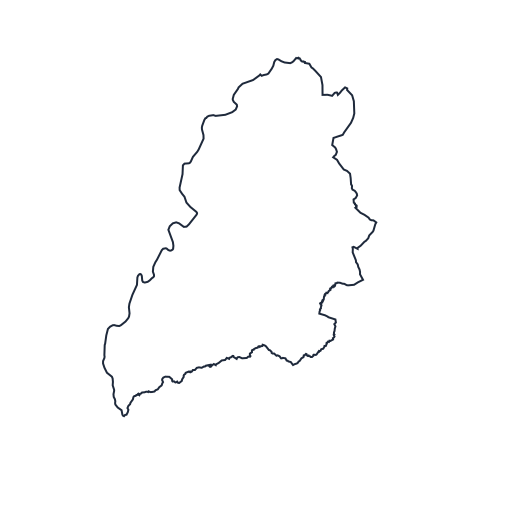 Binduri, Upper East, Ghana, rotated 23°
{"feature_id": "2480657B66646573774103", "entity_name": "Binduri", "entity_type": "district", "adm_level": 2, "iso_a3": "GHA", "parent_name": "Ghana", "parent_adm1": "Upper East", "projection": "natural_earth1", "projection_center": [-0.323, 10.946], "detail": "fine", "context": "isolated", "style": "outline", "palette": "slate", "viewbox_px": 512, "rotation_deg": 23, "n_neighbors": 0, "source": "geoboundaries", "source_scale": "gbopen_adm2", "svg_char_len": 6112}
<svg xmlns="http://www.w3.org/2000/svg" viewBox="0 0 512 512"><g transform="rotate(23 256 256)"><path d="M359.6,302.7L358.9,301.6L359.6,300.4L359.7,299.4L358.4,298.3L358.8,297.6L358.1,297.1L357.6,295.7L357.6,294.4L356.9,292.1L356.6,289.7L354.7,288.1L355.5,286.0L353.9,283.4L346.4,284.1L345.9,283.8L342.7,283.6L336.8,284.3L336.2,282.2L336.2,280.6L335.7,280.1L336.2,278.7L335.7,277.8L335.6,275.9L335.4,275.6L334.7,275.5L334.7,275.0L333.6,274.7L333.6,274.2L334.4,273.6L334.5,273.1L335.1,272.9L335.0,272.5L334.5,272.7L334.5,271.9L335.0,272.2L335.2,271.9L335.2,270.8L334.7,270.3L335.3,269.6L334.5,266.8L334.8,266.1L334.4,265.5L334.7,265.3L334.6,264.8L334.9,264.6L334.5,263.8L335.0,263.4L335.1,262.3L336.2,262.2L336.1,261.8L336.6,261.1L336.6,259.9L337.8,258.1L337.6,257.7L337.0,257.4L337.1,256.7L337.7,256.4L337.9,255.0L338.3,255.1L339.0,254.8L338.9,254.0L340.0,253.6L340.0,253.3L339.5,253.1L339.6,252.7L339.1,252.6L339.4,252.3L340.3,252.2L339.8,250.1L341.1,249.3L341.3,248.7L343.8,247.8L346.3,247.7L348.2,247.1L350.9,247.4L352.3,247.0L357.5,244.2L360.2,240.3L363.8,236.1L358.9,232.2L358.0,230.0L356.6,228.0L354.4,226.1L352.9,224.0L350.5,222.6L349.6,220.9L343.6,214.9L342.3,211.5L341.4,210.3L342.3,209.4L346.7,209.7L346.3,208.9L348.3,205.7L350.3,200.4L351.1,199.4L352.4,195.9L352.2,192.8L354.0,188.1L354.2,186.8L353.4,180.2L353.6,178.1L350.2,177.3L348.2,178.0L346.5,177.9L344.6,176.7L339.7,175.7L335.3,175.4L328.7,172.8L329.5,171.7L329.1,170.7L328.6,171.1L327.9,169.9L326.9,169.8L326.6,169.0L325.2,168.7L323.7,165.8L325.1,163.7L325.4,160.7L324.4,159.2L323.1,158.3L321.4,157.4L318.9,157.2L317.7,156.1L317.2,154.4L316.7,153.6L315.6,153.0L312.7,147.3L310.4,143.5L306.5,142.1L303.0,142.1L296.3,138.3L293.0,135.8L288.5,135.0L289.0,133.3L289.9,131.7L289.8,128.5L287.9,126.3L286.5,125.2L282.8,124.1L281.2,117.0L288.5,110.6L288.9,107.5L291.4,96.3L291.5,90.9L290.8,86.4L285.6,75.3L281.7,70.5L275.0,67.6L274.5,66.1L272.1,66.0L270.3,70.1L269.5,73.1L268.4,75.7L266.8,73.9L266.0,74.1L264.7,75.1L263.5,78.8L259.0,79.6L254.3,81.7L250.4,72.7L245.9,65.9L238.3,62.4L235.1,61.1L233.4,60.8L230.0,58.2L225.6,59.2L225.2,58.3L224.3,58.6L223.8,58.3L222.6,59.0L220.7,58.5L220.3,57.9L218.9,57.0L218.0,57.6L217.5,57.0L216.1,58.2L215.6,58.1L214.5,61.8L213.7,63.4L212.2,65.1L206.7,66.7L203.2,66.8L199.9,66.3L198.4,66.5L197.3,68.1L197.0,70.3L197.6,74.1L197.3,77.5L196.1,83.3L194.9,84.7L192.4,86.4L190.8,87.9L189.0,87.2L188.6,88.4L184.6,95.1L176.3,102.7L174.1,107.6L174.1,109.2L172.6,116.3L173.2,120.5L173.6,121.3L175.3,122.8L179.2,124.2L180.1,125.6L180.1,129.1L177.9,132.9L172.6,138.0L164.1,142.8L161.7,143.0L158.0,145.3L156.7,146.8L156.3,148.4L155.6,148.9L155.3,151.0L155.6,157.2L156.0,159.0L156.8,160.6L160.4,165.2L161.9,168.5L161.6,180.3L161.2,183.0L159.2,189.4L159.1,194.6L158.6,196.3L158.0,196.9L154.1,198.9L153.3,201.1L156.4,209.4L158.9,222.8L160.0,225.2L163.6,227.6L167.0,229.4L171.1,234.0L176.4,236.5L183.9,238.7L184.9,239.4L185.2,240.1L185.1,241.4L181.9,253.1L180.6,256.1L178.2,257.4L172.4,256.0L169.4,256.2L166.7,258.4L165.0,262.3L165.1,266.1L174.1,275.7L176.0,278.9L176.9,281.8L176.7,282.8L175.6,284.2L174.8,284.7L173.0,284.8L171.0,284.1L170.0,284.1L167.7,285.6L167.0,287.5L166.3,298.0L165.8,301.1L165.7,306.1L167.2,310.7L169.4,313.1L170.0,314.4L169.8,315.6L168.8,317.2L167.8,319.8L166.4,322.1L164.0,323.9L162.2,324.1L160.9,323.1L158.7,319.0L157.5,317.9L156.4,317.8L155.8,318.3L155.1,320.3L155.2,322.1L157.7,329.1L157.4,340.0L158.1,349.3L159.0,352.8L162.0,358.2L162.8,361.4L162.7,363.2L161.5,367.3L158.7,372.5L157.5,373.9L154.9,374.7L152.5,375.0L151.2,375.7L149.3,378.1L148.2,381.0L149.2,387.5L151.4,395.7L151.5,397.0L155.2,406.6L155.9,407.7L156.3,409.1L156.3,412.5L157.2,414.7L160.1,418.0L164.4,421.7L170.5,423.4L171.9,424.8L173.5,427.8L174.6,431.0L177.6,434.5L178.1,435.5L178.8,438.9L180.1,441.3L182.0,442.9L183.2,444.6L183.8,446.5L184.6,447.7L187.9,449.5L192.5,450.5L194.9,454.1L195.8,454.9L197.1,455.0L197.6,453.4L198.8,452.7L199.0,449.8L198.6,447.4L197.1,446.2L197.1,443.7L198.0,441.6L197.8,440.1L198.7,436.1L198.3,433.7L198.7,432.5L199.9,431.8L200.2,430.6L201.5,430.0L201.3,429.0L201.5,428.7L203.0,429.5L203.1,428.2L204.0,427.4L204.4,426.2L206.7,425.0L207.7,424.0L209.0,423.4L209.9,423.4L210.1,422.5L211.7,422.6L213.3,421.9L215.5,420.4L216.0,418.8L217.7,417.1L218.2,414.6L219.7,412.0L219.5,409.8L219.7,408.4L218.0,406.8L217.8,405.7L218.2,404.1L219.7,402.5L223.4,401.1L227.0,402.3L227.6,403.7L228.3,404.1L229.5,403.4L231.2,403.9L231.9,403.4L232.5,402.4L233.8,403.2L234.9,402.9L236.5,400.0L236.2,398.4L236.7,395.5L236.2,394.6L236.2,393.4L237.0,392.1L236.9,391.0L239.3,388.6L239.9,388.9L240.5,388.1L241.2,388.5L242.1,387.4L242.4,385.7L244.3,384.8L245.2,382.1L247.0,380.8L249.7,380.1L251.3,378.0L252.1,377.8L252.9,376.3L253.6,376.2L253.9,375.7L256.4,374.0L256.5,374.6L255.9,375.2L256.0,375.7L256.8,376.0L257.6,375.7L257.9,375.0L257.2,374.3L257.5,373.8L258.2,373.9L259.4,371.9L261.6,372.2L261.5,371.4L263.4,369.1L265.3,365.5L268.2,363.8L268.9,361.2L271.4,361.2L271.3,360.1L272.5,359.1L273.5,357.1L274.1,356.9L274.4,357.6L278.4,358.3L278.4,357.1L278.8,356.3L280.1,355.5L283.2,355.6L287.1,353.6L287.5,353.2L288.1,351.8L288.8,351.3L289.8,351.1L290.0,350.3L289.0,349.4L288.5,348.2L289.9,346.2L289.2,344.7L289.3,343.9L290.5,343.2L290.5,342.5L291.7,340.9L293.4,339.7L293.5,338.4L294.1,337.8L295.0,338.2L295.5,337.3L297.0,336.4L296.8,335.1L298.9,334.9L300.4,335.2L304.6,337.5L305.6,337.3L307.7,338.1L308.3,339.1L309.4,339.3L310.8,338.7L313.8,339.8L314.7,339.0L316.9,339.1L319.0,340.4L319.8,340.1L320.5,339.3L323.1,338.7L325.1,340.3L326.0,340.0L327.0,340.4L329.4,340.0L332.7,341.9L333.8,340.5L335.6,339.0L336.3,337.8L336.4,336.6L337.2,335.5L337.8,332.4L339.2,330.6L338.8,328.8L339.5,328.5L340.2,326.6L340.9,326.6L341.5,327.4L342.4,327.8L343.2,327.1L343.5,327.5L344.9,327.2L345.8,327.6L347.0,327.1L347.8,325.4L347.5,324.7L347.7,324.3L349.7,323.7L350.2,323.0L350.9,319.6L351.2,319.9L351.5,319.6L351.6,318.6L352.4,318.1L352.5,316.3L354.1,315.1L354.4,312.8L354.2,312.0L355.4,311.5L355.4,309.3L354.9,308.7L354.9,308.3L355.5,308.0L355.7,306.7L356.7,306.6L356.7,305.3L357.6,305.2L359.6,302.7Z" fill="none" stroke="#1e293b" stroke-width="2"/></g></svg>